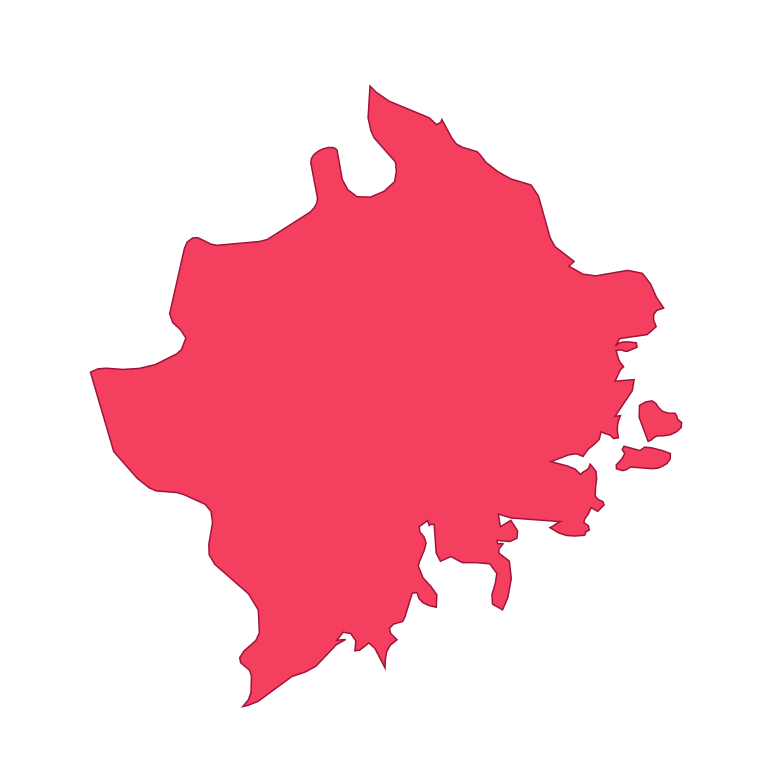 an SVG outline of Olbia-Tempio, rotated 81°
{"feature_id": "ITA-5375", "entity_name": "Olbia-Tempio", "entity_type": "Province", "adm_level": 1, "iso_a3": "ITA", "parent_name": "Italy", "parent_adm1": "", "projection": "natural_earth1", "projection_center": [9.374, 40.9], "detail": "fine", "context": "isolated", "style": "filled", "palette": "rose", "viewbox_px": 768, "rotation_deg": 81, "n_neighbors": 0, "source": "natural_earth", "source_scale": "10m", "svg_char_len": 3621}
<svg xmlns="http://www.w3.org/2000/svg" viewBox="0 0 768 768"><g transform="rotate(81 384 384)"><path d="M87.5,351.2L94.6,346.1L105.5,334.7L128.1,297.8L136.1,291.4L134.8,288.3L134.8,287.4L134.4,287.0L131.8,285.5L152.0,278.4L158.1,275.1L162.4,269.6L169.1,255.7L173.0,253.0L180.9,248.7L191.7,238.7L201.1,227.0L210.5,207.6L222.7,202.0L265.8,197.0L275.1,193.6L292.7,177.1L296.6,183.0L306.6,170.3L310.3,158.2L309.9,125.4L315.1,111.5L327.1,105.0L341.2,101.3L352.8,95.9L354.0,103.1L357.6,106.8L363.0,107.7L369.9,106.2L376.4,116.5L376.0,144.0L382.8,149.5L380.5,146.0L379.9,141.5L380.7,135.8L382.8,128.3L387.3,128.3L389.8,138.7L389.2,141.0L387.3,144.6L387.3,149.5L396.2,148.4L399.9,147.2L404.4,144.6L407.0,148.4L417.4,155.4L418.8,136.3L429.4,139.8L452.2,160.9L452.2,155.4L457.5,158.4L462.2,160.1L467.4,160.9L473.8,160.9L473.8,165.8L470.4,168.2L468.7,170.8L467.3,173.7L465.2,177.1L472.4,180.1L476.5,185.9L480.4,192.6L486.7,198.8L483.0,204.7L482.9,212.7L486.8,231.3L493.8,215.4L497.9,208.6L503.9,204.2L501.9,200.6L500.8,197.6L499.1,195.1L495.4,192.9L503.3,188.3L511.1,188.8L519.3,191.3L527.9,192.9L531.6,190.4L534.4,186.3L537.9,185.5L543.2,192.9L538.5,198.8L544.5,202.6L548.6,206.8L552.0,208.3L556.1,204.2L560.5,204.2L561.5,207.6L561.8,208.2L562.6,208.1L564.8,209.6L564.0,219.3L562.2,227.2L558.5,234.6L551.8,242.6L550.5,238.8L548.6,235.0L547.5,231.3L536.3,279.1L530.4,291.4L543.2,291.4L538.5,280.1L550.1,275.0L557.1,276.8L559.3,284.4L556.2,296.8L559.4,296.8L559.9,295.5L559.7,293.5L560.5,291.4L564.4,295.6L566.2,296.7L569.2,296.8L578.6,287.9L596.0,288.7L614.1,295.0L625.6,302.2L618.4,311.3L608.8,310.3L598.5,305.3L588.8,302.2L578.2,307.6L575.0,320.2L572.7,334.5L564.9,345.0L567.9,356.0L559.2,358.9L530.4,356.4L530.0,360.3L530.8,361.5L525.6,362.3L530.5,371.6L535.6,371.7L541.2,368.4L547.6,367.3L554.1,370.0L565.4,377.0L569.2,378.6L581.6,375.8L591.0,369.5L600.4,364.8L612.7,367.3L609.7,374.5L606.1,379.8L601.2,383.1L595.1,384.0L595.1,388.9L617.8,400.0L621.4,402.7L622.7,412.3L626.2,416.8L631.5,416.4L638.7,411.1L642.9,418.7L649.0,423.3L656.3,425.8L664.6,427.4L643.8,434.3L637.4,439.4L643.0,449.5L643.0,454.5L633.3,452.0L625.3,455.9L622.8,463.1L629.7,470.7L630.3,461.9L634.2,472.1L652.0,495.3L656.0,506.2L658.5,520.8L677.7,557.9L680.1,568.5L680.5,573.9L674.4,567.1L667.6,563.6L651.8,560.6L645.7,561.6L636.8,569.2L631.7,569.3L626.0,564.3L617.2,550.6L610.2,546.0L587.6,543.5L570.1,550.6L535.7,579.3L525.3,583.4L514.9,582.1L494.0,575.0L482.7,574.8L474.9,579.4L461.9,599.0L458.8,605.6L454.0,625.6L450.1,631.9L438.8,642.3L408.5,661.5L326.4,672.1L324.3,664.2L324.9,656.1L328.8,639.5L330.3,623.3L329.1,607.0L321.9,584.3L318.3,578.6L307.6,572.5L298.6,576.5L290.2,583.1L281.0,584.7L218.6,559.8L212.9,556.1L209.8,550.0L210.4,544.9L218.9,532.8L220.9,527.2L223.8,484.4L223.0,476.6L202.5,429.8L199.0,425.4L194.9,422.1L190.2,420.6L154.1,421.7L150.1,420.5L146.5,417.4L143.8,412.6L142.2,407.1L141.7,401.6L142.8,396.4L145.5,393.8L175.6,393.2L186.6,389.3L194.8,381.3L197.3,368.4L193.6,353.5L185.7,341.8L175.4,338.4L171.5,338.5L169.2,337.8L166.0,338.3L139.6,355.1L131.7,357.3L118.7,358.1L87.5,351.2ZM479.2,125.9L481.3,129.2L482.0,132.1L456.7,137.2L445.1,135.0L442.6,128.2L442.6,121.9L445.5,118.7L450.1,116.6L454.5,113.3L457.3,107.7L458.4,101.1L461.0,100.0L464.7,99.5L468.6,96.1L473.5,97.3L477.0,102.7L478.9,108.9L478.9,115.6L478.0,122.3L479.2,125.9ZM506.9,117.0L509.1,123.0L509.9,126.4L509.7,132.1L504.5,153.8L506.6,158.1L506.9,162.0L504.1,167.7L500.3,167.3L495.3,160.9L490.4,157.1L486.0,159.0L483.0,156.7L489.8,141.6L487.1,136.5L489.0,129.4L493.7,118.6L497.5,112.0L502.6,113.0L506.9,117.0Z" fill="#f43f5e" stroke="#9f1239" stroke-width="1.5"/></g></svg>